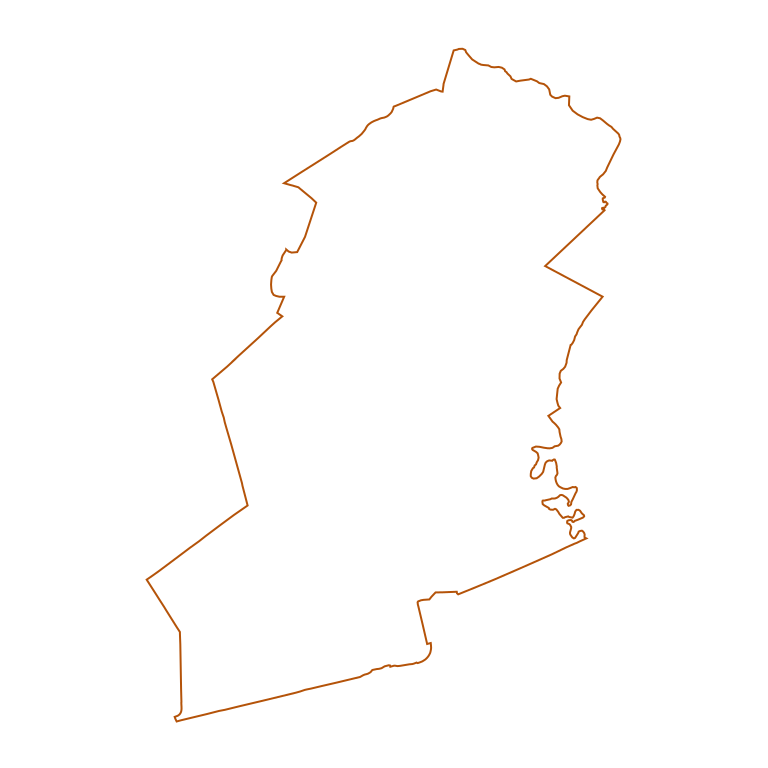 the district of Vladeni, Dâmbovita, Romania, rotated 179°
{"feature_id": "2599482B82955603799790", "entity_name": "Vladeni", "entity_type": "district", "adm_level": 2, "iso_a3": "ROU", "parent_name": "Romania", "parent_adm1": "Dâmbovita", "projection": "orthographic", "projection_center": [25.776, 44.875], "detail": "fine", "context": "isolated", "style": "outline", "palette": "amber", "viewbox_px": 768, "rotation_deg": 179, "n_neighbors": 0, "source": "geoboundaries", "source_scale": "gbopen_adm2", "svg_char_len": 6118}
<svg xmlns="http://www.w3.org/2000/svg" viewBox="0 0 768 768"><g transform="rotate(179 384 384)"><path d="M308.5,716.3L319.2,683.0L319.3,681.9L320.3,675.3L321.8,675.5L326.7,677.5L332.3,675.9L351.8,668.1L353.1,667.6L367.9,661.7L368.7,661.5L369.4,661.2L369.6,660.9L370.0,659.1L371.6,655.8L372.8,654.4L375.0,652.4L376.5,651.4L379.0,650.4L381.8,649.9L383.2,649.5L386.0,648.3L387.3,647.9L389.6,647.0L392.0,645.8L394.2,644.3L395.2,643.5L396.3,642.3L397.6,640.3L398.3,638.9L399.3,637.6L401.9,634.5L404.8,632.0L406.5,630.8L409.0,628.8L410.1,628.1L411.3,627.6L412.9,627.4L413.7,627.2L414.8,626.7L423.2,621.6L434.6,614.5L462.5,597.5L480.4,586.5L473.8,584.5L471.5,583.9L470.7,583.6L466.5,582.3L465.8,581.9L465.2,581.3L453.3,571.1L448.6,566.5L460.4,532.5L468.5,517.4L474.0,517.0L477.0,518.1L479.4,520.2L479.4,519.7L483.1,514.3L483.9,512.1L484.3,510.4L484.2,509.5L485.1,508.0L489.8,499.0L493.8,494.0L494.3,493.0L494.8,490.0L495.2,485.4L495.0,481.4L494.5,478.0L492.8,475.0L490.3,473.9L487.1,473.1L482.3,473.0L489.5,457.0L484.5,453.4L491.7,447.7L491.6,447.8L496.3,443.7L509.2,432.0L528.8,414.8L533.8,410.3L533.6,410.3L540.7,404.0L555.7,391.7L554.6,389.1L549.7,371.0L546.7,359.2L544.8,353.2L543.9,348.6L542.3,342.6L537.8,326.2L527.7,287.2L527.3,284.8L522.5,264.9L536.4,255.6L549.6,246.2L564.4,235.5L571.8,229.9L581.2,223.4L588.2,218.3L612.0,201.1L618.1,196.9L624.7,192.5L615.7,177.9L611.8,171.5L607.7,164.9L605.9,161.8L595.7,144.9L592.4,139.6L592.4,137.7L592.2,127.2L592.2,123.4L592.2,91.6L592.2,91.3L592.2,90.3L592.2,82.1L592.1,69.4L592.2,69.2L592.2,67.6L592.1,64.8L592.1,62.6L592.3,61.1L592.6,59.8L593.4,58.2L594.2,57.2L595.1,56.5L596.0,55.9L599.1,54.8L598.5,53.0L597.2,50.2L592.9,51.3L587.1,52.6L566.8,57.1L554.6,60.0L548.8,61.0L533.8,64.4L510.5,69.5L477.5,76.9L473.3,78.0L468.6,79.5L466.8,79.9L462.4,80.7L451.5,83.1L442.1,85.1L440.2,85.5L436.0,86.4L413.0,91.5L410.1,93.1L408.4,93.8L406.6,94.2L405.2,94.6L404.4,95.0L402.5,96.1L401.5,97.2L401.2,97.7L400.8,98.1L400.4,98.3L396.3,99.1L393.9,99.3L391.4,99.9L388.3,101.7L384.1,102.7L382.8,102.4L382.6,101.2L378.8,102.2L377.5,102.1L375.5,101.7L372.9,101.9L363.5,103.3L360.6,103.5L359.0,103.9L356.3,104.9L355.5,104.4L355.0,104.4L352.6,105.2L350.5,106.0L349.0,106.9L347.4,107.9L345.8,109.4L344.5,110.9L343.4,112.6L342.5,114.4L342.1,115.9L341.7,117.7L341.5,119.3L341.6,122.1L341.8,124.2L345.4,123.3L349.6,143.1L353.5,160.9L354.0,162.9L354.2,165.2L353.7,166.0L350.8,167.1L348.1,167.5L342.4,167.8L340.3,170.4L336.1,174.7L335.8,174.7L328.6,174.7L314.9,175.0L314.7,173.5L313.5,172.4L294.8,179.6L276.5,186.8L251.6,197.1L219.1,210.8L204.8,217.4L196.3,221.0L194.0,221.8L191.1,223.2L184.4,226.1L185.5,226.7L186.1,227.1L186.2,228.1L186.0,230.1L186.5,231.6L187.6,233.1L188.7,233.9L190.6,233.6L191.9,233.0L192.5,231.5L195.6,226.8L196.8,226.3L198.4,227.3L200.1,229.8L200.6,230.9L200.6,232.4L199.4,236.4L199.3,237.7L200.2,239.6L201.0,240.6L202.4,241.2L203.1,241.5L203.4,242.7L203.0,244.0L201.5,244.6L199.3,244.7L198.4,244.1L198.1,243.1L197.3,242.7L196.6,242.9L195.7,243.8L192.5,244.9L187.5,246.9L186.2,248.1L186.3,249.2L188.5,251.3L190.2,253.9L191.7,254.8L193.7,254.8L195.0,253.2L195.8,250.5L196.8,248.3L197.8,247.1L201.2,247.8L202.1,248.4L205.2,247.7L206.3,247.1L207.6,247.1L210.8,250.9L212.1,253.2L213.9,255.6L215.2,256.2L217.2,255.3L219.7,255.5L221.0,256.1L221.4,257.2L226.0,259.9L227.4,261.1L227.7,263.5L227.4,264.6L226.9,264.7L225.1,264.7L224.2,265.0L223.1,265.2L219.7,265.9L218.2,266.6L216.1,266.5L214.9,266.6L213.2,267.2L211.7,268.1L210.0,269.7L208.8,270.0L207.3,269.7L203.6,267.2L201.8,265.1L201.2,263.2L201.5,262.2L202.3,261.3L202.2,259.9L201.6,259.0L200.2,259.3L199.1,260.3L198.7,262.9L197.3,265.4L194.4,271.4L193.5,272.8L193.0,274.3L193.0,276.0L193.1,276.7L194.3,277.7L195.6,277.4L197.1,277.7L200.0,276.6L202.2,275.9L204.6,275.9L206.9,276.4L209.4,277.7L211.0,278.7L212.2,280.2L213.0,281.7L213.7,283.6L214.1,285.5L214.3,287.5L213.7,289.0L212.6,290.3L212.1,291.7L212.8,297.6L212.7,298.6L213.3,302.2L214.5,305.4L215.3,305.6L216.8,304.8L217.2,304.3L217.7,304.4L220.2,304.7L222.1,304.0L223.7,302.6L224.5,300.8L226.4,293.4L227.8,291.4L230.6,288.7L233.0,287.1L236.1,286.8L237.9,287.7L238.9,289.3L238.8,291.6L238.3,294.4L236.6,297.2L235.4,298.0L234.8,299.9L233.4,301.0L232.7,303.0L231.3,305.2L230.7,307.7L231.1,310.0L231.6,312.0L233.2,313.5L236.5,315.5L237.1,316.5L236.7,317.5L233.2,318.8L229.7,318.5L225.2,317.5L221.5,316.9L219.6,316.8L217.1,317.1L215.7,317.8L214.6,318.7L210.9,319.3L209.4,320.4L208.1,322.0L207.4,323.4L207.6,325.8L208.4,328.3L209.3,333.0L209.5,335.6L210.6,337.5L212.9,340.4L214.7,342.2L216.1,343.4L220.2,349.3L208.3,356.9L210.1,359.3L210.9,362.2L211.7,365.9L210.4,376.3L208.9,379.4L206.9,382.4L207.2,383.2L208.4,386.4L208.2,391.3L207.0,394.1L204.4,396.0L202.6,398.1L201.1,402.0L200.9,404.7L196.7,419.8L196.0,420.0L194.6,421.8L193.1,424.6L192.1,428.2L190.6,430.3L190.0,432.1L188.6,435.3L186.9,437.5L185.1,439.7L183.9,442.6L182.2,445.1L175.3,453.9L163.9,467.5L220.8,499.1L160.4,553.9L160.8,554.5L162.6,554.8L162.9,555.4L162.9,556.0L161.8,556.4L160.5,556.4L159.5,557.2L159.2,558.3L157.5,559.7L157.4,560.6L158.5,561.4L159.0,562.3L159.8,562.5L160.6,561.9L161.4,562.0L161.8,563.1L162.1,565.0L162.0,565.8L160.0,566.6L159.7,567.3L162.4,569.8L164.4,572.1L166.9,575.9L167.2,578.9L166.9,580.2L167.2,581.5L167.1,583.5L166.7,584.4L165.4,586.0L164.7,587.1L163.4,588.2L161.3,589.8L158.5,593.2L157.1,596.5L150.6,609.4L145.0,619.4L143.8,622.4L143.3,624.6L143.5,625.8L144.2,627.2L144.5,628.9L145.3,630.2L150.6,635.2L152.1,637.1L154.3,638.5L156.5,640.2L160.6,643.8L163.3,645.9L166.3,646.6L169.3,645.4L172.3,644.6L175.7,645.3L180.7,647.4L185.7,650.2L190.6,654.0L194.2,659.5L193.7,668.3L198.1,669.1L200.7,668.6L204.4,667.1L207.5,666.8L210.9,668.4L212.7,670.3L213.7,675.7L215.9,678.8L218.9,681.1L223.5,682.2L225.8,684.0L231.9,686.6L233.7,685.9L242.5,684.9L246.6,684.2L251.1,686.8L252.2,689.4L255.2,692.3L256.1,693.7L257.4,694.6L258.0,696.4L260.6,698.2L263.8,699.0L268.2,698.7L271.2,699.1L274.1,700.7L279.1,701.2L281.4,701.6L283.1,702.5L283.7,702.6L290.2,707.0L293.7,711.2L296.1,714.2L296.9,716.5L299.6,717.8L303.3,717.7L304.7,717.1L308.5,716.3Z" fill="none" stroke="#b45309" stroke-width="2"/></g></svg>